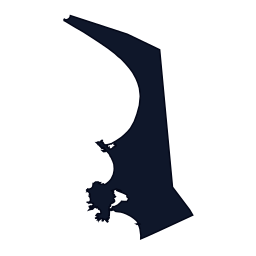 outline of Al Burayqah, `Adan, Yemen, rotated 92°
{"feature_id": "15242507B61395835555859", "entity_name": "Al Burayqah", "entity_type": "district", "adm_level": 2, "iso_a3": "YEM", "parent_name": "Yemen", "parent_adm1": "`Adan", "projection": "equal_earth", "projection_center": [44.818, 12.796], "detail": "fine", "context": "isolated", "style": "filled", "palette": "ink", "viewbox_px": 256, "rotation_deg": 92, "n_neighbors": 0, "source": "geoboundaries", "source_scale": "gbopen_adm2", "svg_char_len": 5993}
<svg xmlns="http://www.w3.org/2000/svg" viewBox="0 0 256 256"><g transform="rotate(92 128 128)"><path d="M212.8,60.3L207.6,63.6L185.5,81.5L48.7,99.1L34.3,132.0L17.7,189.5L19.0,189.7L20.1,190.3L21.2,191.4L21.9,192.9L22.1,194.2L21.4,195.4L21.7,195.7L22.9,195.6L23.2,194.8L29.2,184.0L33.6,175.7L42.4,161.0L48.9,150.7L53.8,143.8L56.9,140.2L58.8,137.5L63.3,132.9L68.0,128.6L72.3,125.2L78.2,121.7L82.6,119.7L87.7,118.0L93.4,117.1L95.9,116.8L105.0,117.4L113.9,119.5L121.5,122.0L128.1,125.4L131.7,128.2L135.5,131.9L137.9,134.6L141.3,139.3L144.0,143.7L142.9,141.5L143.0,141.1L143.6,141.1L144.0,141.5L144.0,141.8L144.5,140.4L144.8,140.7L144.8,140.2L145.1,140.1L145.0,139.8L145.2,139.7L145.3,139.8L145.1,140.2L145.4,140.2L145.4,139.9L145.5,140.2L145.8,139.8L145.7,139.3L146.1,139.2L147.3,140.7L147.1,141.0L147.4,141.5L147.6,141.2L147.5,141.6L147.7,142.1L147.8,142.2L148.2,141.9L148.1,142.1L148.4,142.3L149.8,144.2L149.6,144.7L149.9,145.1L149.7,145.1L149.7,145.3L149.7,145.5L149.9,145.2L149.7,145.9L149.2,146.2L148.7,146.2L149.0,146.4L148.6,146.6L148.6,147.0L148.4,147.0L148.0,147.9L147.3,148.8L147.4,148.3L146.8,148.4L146.8,147.9L145.8,148.3L145.9,147.7L145.6,148.2L145.5,147.7L144.4,144.4L144.5,144.0L144.3,143.9L144.3,144.5L144.9,146.1L145.6,148.8L145.7,151.0L145.0,151.5L144.7,151.6L144.1,152.5L143.4,152.3L143.0,151.9L143.4,152.4L143.4,152.7L143.1,153.4L142.7,154.0L142.2,154.0L141.7,153.2L141.3,153.2L141.2,153.5L141.7,154.4L142.5,154.7L142.8,155.1L143.1,155.7L143.0,157.4L143.4,158.2L143.8,158.5L143.8,158.9L144.7,157.9L145.7,157.2L146.5,155.6L146.9,155.3L147.2,155.4L147.7,154.6L148.5,154.2L149.0,153.6L149.3,153.4L149.2,152.9L149.0,153.3L148.8,153.3L148.4,152.7L148.3,151.7L148.6,151.0L149.3,150.8L149.4,151.0L149.4,151.8L149.5,151.9L150.1,151.0L150.3,150.5L150.0,150.3L150.3,149.7L151.2,149.6L151.8,150.2L151.6,150.6L151.5,152.8L152.5,151.6L152.3,150.0L151.8,149.9L151.6,149.4L152.0,148.3L154.2,146.1L155.5,145.2L156.4,145.0L158.1,143.7L162.0,141.8L164.7,140.8L169.2,140.3L171.4,140.4L175.0,141.0L179.2,142.8L180.7,143.8L182.5,145.4L184.5,147.7L185.0,148.5L185.5,149.7L185.4,150.3L184.7,150.7L185.3,152.8L185.3,153.5L184.9,153.9L184.3,154.0L184.1,154.3L184.3,154.2L184.4,154.8L183.9,154.3L184.0,154.8L183.8,154.4L183.6,154.3L183.6,155.2L183.0,156.2L183.1,158.5L183.8,159.4L184.6,159.8L184.6,160.9L187.4,161.1L188.4,161.5L190.0,162.8L189.9,163.6L190.9,164.6L190.8,165.2L190.5,165.3L190.3,166.1L191.1,166.4L191.3,166.6L191.2,167.0L191.5,167.2L192.5,166.4L192.8,166.6L192.7,166.1L193.4,164.9L195.3,163.7L195.8,164.1L196.1,163.6L196.9,163.4L197.6,163.7L197.4,163.9L197.5,164.4L198.1,163.9L198.8,163.4L200.6,162.9L202.4,163.2L203.2,163.7L203.2,164.1L203.6,164.7L203.6,166.2L204.2,166.3L203.9,166.1L203.8,165.6L203.8,165.4L204.0,164.9L204.5,164.5L204.1,164.1L204.3,163.3L203.8,163.2L203.6,162.2L204.3,161.5L204.6,161.0L204.4,160.4L204.7,160.0L205.7,159.8L206.1,159.8L206.5,160.5L206.6,160.0L207.3,160.3L208.1,161.2L208.1,161.8L207.2,162.8L207.7,163.8L207.9,164.7L207.8,163.9L208.3,163.7L208.8,164.1L208.6,163.7L208.7,163.3L208.5,162.5L208.2,161.8L208.2,161.3L208.7,161.0L209.1,161.2L209.4,162.4L209.6,162.4L210.5,163.6L211.2,164.1L210.8,163.0L210.6,162.0L209.9,161.2L210.0,160.6L210.4,160.8L210.4,160.6L208.5,159.0L208.3,157.9L207.7,157.8L208.0,157.4L208.0,156.8L208.7,156.8L209.3,157.3L208.5,156.3L209.1,156.5L208.5,156.2L208.5,155.9L208.8,155.7L208.8,155.3L209.2,154.8L209.5,154.8L209.9,155.4L209.2,154.3L209.9,155.3L209.7,154.7L210.1,154.5L209.9,154.2L210.1,153.7L211.1,152.8L212.7,152.1L214.0,152.1L214.8,152.7L214.5,155.0L214.9,155.7L216.5,156.9L217.1,155.9L217.0,155.0L218.1,154.8L218.7,155.7L218.7,156.7L219.0,156.8L219.2,157.2L219.4,157.1L219.4,156.8L219.1,155.7L219.5,154.7L220.1,154.9L220.6,154.8L220.8,155.0L220.8,154.6L221.1,154.5L220.7,154.4L220.9,154.0L220.5,154.0L220.4,153.7L220.3,153.4L220.5,153.1L220.4,152.9L220.0,153.0L219.6,152.5L219.6,152.0L219.3,152.0L219.5,150.9L219.3,150.5L219.4,150.0L220.1,149.4L220.7,149.9L220.8,150.3L221.6,150.5L221.7,150.3L221.6,149.7L221.3,149.5L220.6,149.6L220.1,149.0L220.1,147.7L222.4,145.6L222.8,144.5L222.6,144.9L221.8,145.3L221.8,145.0L221.6,145.1L221.7,145.3L220.9,145.8L220.9,145.5L220.6,145.6L220.8,145.8L220.1,146.1L219.3,145.6L220.2,144.8L220.1,144.7L219.3,145.5L218.8,144.6L218.8,144.0L218.5,143.9L218.4,143.7L216.0,144.2L215.9,144.1L215.9,143.7L212.2,143.7L210.7,143.9L210.3,143.6L210.4,144.5L210.1,144.0L210.2,143.8L210.0,143.7L210.0,143.9L209.3,144.1L207.6,144.1L206.9,143.6L206.7,142.9L206.2,142.7L205.3,143.1L204.8,142.8L204.5,142.4L204.1,142.3L203.7,142.0L203.7,141.3L203.0,140.0L202.4,139.4L202.3,139.6L202.2,139.1L201.8,138.9L201.4,138.8L200.9,139.1L200.2,139.2L199.7,140.0L199.0,140.1L198.2,139.8L197.3,138.4L197.0,138.2L196.7,139.1L196.2,139.3L195.7,139.1L195.3,139.5L195.1,139.5L194.8,139.7L194.9,140.0L194.6,140.1L194.3,140.9L194.0,141.1L192.8,140.1L191.9,140.4L191.8,140.7L191.8,141.1L191.6,141.1L191.4,141.4L191.6,141.8L191.2,142.2L190.7,140.6L189.3,137.7L189.8,136.4L190.2,136.4L190.4,136.1L190.4,135.1L190.1,134.9L190.3,134.7L190.3,134.1L190.5,134.1L190.8,133.7L190.9,132.8L191.5,132.7L191.0,134.1L191.1,134.8L190.7,135.5L190.9,136.2L190.6,137.3L190.6,137.6L193.0,130.8L194.6,127.1L195.3,126.6L196.3,126.7L197.0,126.4L197.5,126.1L198.1,124.7L199.1,124.8L200.4,125.9L201.7,126.4L201.5,128.2L201.6,128.3L201.5,131.9L202.4,132.2L202.1,132.2L202.5,132.7L202.4,132.4L205.4,135.6L207.2,139.1L207.0,140.2L207.2,140.5L208.7,141.3L210.1,140.7L209.9,142.5L209.7,142.3L209.6,142.6L210.4,142.7L210.5,143.0L210.6,142.6L211.0,142.3L211.0,141.9L210.8,141.6L210.7,140.9L210.4,140.5L210.5,139.2L210.6,138.7L211.1,138.4L211.8,137.3L212.2,132.2L212.8,129.7L213.9,126.6L215.8,122.5L216.8,120.9L218.2,118.8L220.4,116.1L222.5,114.5L223.0,114.4L223.3,114.4L223.6,115.8L223.7,115.5L223.1,113.4L223.6,112.7L223.8,113.0L223.5,113.1L223.3,113.6L223.9,115.5L223.8,116.1L224.0,115.8L223.7,114.6L223.8,114.4L226.0,113.3L228.4,112.5L234.9,111.4L238.3,111.4L235.4,105.2L225.6,85.6L212.8,60.3Z" fill="#0f172a" stroke="#020617" stroke-width="1.5"/></g></svg>